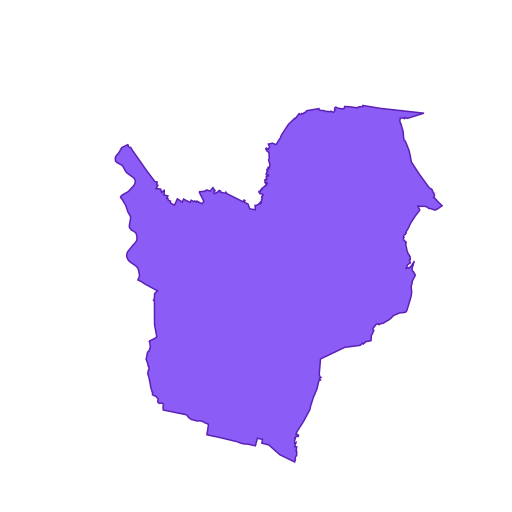 outline of Tanhuato, Michoacán, Mexico, rotated 287°
{"feature_id": "50627088B17756192090146", "entity_name": "Tanhuato", "entity_type": "district", "adm_level": 2, "iso_a3": "MEX", "parent_name": "Mexico", "parent_adm1": "Michoacán", "projection": "orthographic", "projection_center": [-102.336, 20.272], "detail": "fine", "context": "isolated", "style": "filled", "palette": "violet", "viewbox_px": 512, "rotation_deg": 287, "n_neighbors": 0, "source": "geoboundaries", "source_scale": "gbopen_adm2", "svg_char_len": 6089}
<svg xmlns="http://www.w3.org/2000/svg" viewBox="0 0 512 512"><g transform="rotate(287 256 256)"><path d="M237.1,137.3L235.7,137.3L233.2,136.6L230.3,135.1L222.7,132.1L221.7,131.9L219.8,132.0L219.0,132.1L217.1,132.9L215.3,134.4L214.2,135.9L213.6,137.0L211.4,143.9L211.0,144.8L209.5,146.8L207.9,148.0L203.2,150.3L201.7,150.5L198.6,150.0L198.0,153.9L196.7,157.9L193.9,172.0L190.5,170.0L185.9,171.2L183.7,170.9L183.6,171.7L183.0,172.1L160.8,179.0L149.8,184.7L147.9,183.6L143.9,179.3L143.0,178.9L142.1,179.8L137.8,181.6L133.7,181.3L132.4,180.5L130.6,180.5L128.9,180.8L125.1,181.1L121.5,183.9L119.2,185.1L119.3,185.5L116.8,186.7L115.4,186.8L115.4,186.5L114.1,186.5L111.6,187.0L108.4,189.2L103.8,191.7L103.7,191.9L101.7,192.7L99.4,193.9L95.3,196.7L95.1,197.2L93.3,197.4L92.8,198.2L92.4,201.6L90.4,204.4L88.1,204.5L87.4,205.0L86.8,206.4L87.9,209.5L87.1,210.8L83.7,211.4L81.6,212.4L83.8,235.8L83.5,236.6L82.0,238.5L80.8,241.8L80.9,247.0L81.1,248.4L82.0,250.4L82.1,251.9L82.0,254.5L81.6,255.5L81.3,259.4L80.0,260.0L70.7,261.3L71.2,268.2L71.6,271.2L72.9,292.1L72.6,295.6L72.7,299.2L73.7,303.1L74.3,310.9L82.1,310.6L82.5,315.8L78.7,316.3L79.0,322.4L79.3,322.9L72.9,336.9L70.3,353.2L73.1,353.2L73.5,352.5L76.5,352.7L76.9,353.2L79.8,352.5L81.3,351.9L81.3,351.3L85.4,350.8L85.0,348.7L89.3,348.8L88.3,347.7L89.8,347.0L93.2,346.9L93.3,346.3L94.0,346.3L94.5,347.0L95.4,347.2L95.8,349.2L96.9,349.0L97.3,348.5L97.4,346.3L100.5,346.7L111.6,349.8L124.7,352.4L128.8,352.1L137.4,352.2L146.8,353.2L155.0,352.6L156.3,353.9L157.2,352.4L158.9,353.6L159.1,352.7L160.2,351.7L161.6,351.0L176.4,347.8L194.6,367.6L201.0,381.7L203.7,383.3L203.1,384.2L203.9,384.7L204.2,384.7L204.6,385.3L206.0,385.8L208.6,390.7L210.9,390.3L213.9,389.4L214.9,389.9L216.2,390.2L216.8,390.0L219.2,390.5L219.9,389.4L220.7,388.9L225.7,390.9L226.0,391.1L226.9,392.4L226.2,393.5L227.8,395.2L229.1,397.6L231.5,399.5L233.1,401.2L236.0,403.3L239.2,404.8L243.6,410.0L245.1,413.9L245.8,415.1L246.8,416.0L249.3,416.2L261.2,416.2L263.7,416.0L267.2,415.4L271.1,413.7L273.0,413.2L274.8,413.3L277.5,412.8L284.4,414.0L285.1,413.1L286.9,411.4L287.0,410.6L287.6,409.9L289.4,408.9L297.4,408.9L292.4,407.6L289.1,405.9L289.4,404.9L288.1,403.2L291.9,403.5L293.9,405.0L294.1,405.4L294.6,405.6L296.9,403.9L297.4,404.6L298.8,404.4L299.7,403.6L300.6,403.5L300.7,402.9L301.9,402.3L302.0,401.4L305.7,398.5L306.8,398.1L310.0,396.2L312.3,395.4L312.4,395.7L312.7,395.7L313.4,395.2L314.2,392.9L315.2,392.2L316.9,391.6L317.1,392.0L318.1,391.3L319.2,391.5L320.4,392.5L321.0,392.5L321.8,392.9L322.2,392.3L322.8,392.6L323.2,392.5L326.5,393.4L328.6,393.8L330.6,393.9L333.0,394.4L340.8,396.6L347.5,399.1L348.2,399.0L351.1,396.2L351.4,398.2L352.8,402.7L352.9,404.9L352.0,407.5L352.4,409.2L352.2,413.8L353.8,415.6L358.5,419.3L360.9,414.5L363.9,409.6L363.9,408.8L366.0,409.0L368.3,407.6L368.5,406.9L371.2,404.7L371.9,401.7L382.5,387.6L391.1,377.4L392.8,376.3L397.2,374.1L401.8,371.4L409.4,365.3L410.5,363.5L413.2,362.2L417.9,360.4L424.7,356.0L426.7,354.2L430.1,353.6L430.7,355.2L431.0,357.3L430.9,357.3L430.9,358.0L432.0,357.8L431.9,360.6L441.7,374.9L433.6,332.0L431.2,314.2L430.2,314.4L428.4,310.2L427.7,310.0L427.3,309.3L426.0,301.5L424.9,297.0L422.9,297.2L422.6,297.1L422.3,296.6L421.7,294.1L421.4,291.2L421.3,290.4L421.8,289.0L421.6,288.6L421.1,288.2L420.4,288.0L419.9,288.2L419.5,288.1L418.9,289.0L416.1,288.2L416.0,287.5L416.4,285.2L415.6,284.6L415.4,284.0L415.3,282.0L414.5,280.3L415.0,278.9L414.0,274.3L414.2,273.7L415.4,273.1L409.8,262.0L408.2,261.5L407.1,260.1L406.2,259.9L405.7,259.5L405.5,259.0L405.8,258.4L405.7,258.0L404.6,257.6L404.3,257.2L404.2,256.8L404.8,255.6L398.8,253.4L399.1,252.8L391.3,248.5L380.6,245.4L378.7,244.9L376.0,244.8L372.3,243.6L369.0,242.9L368.4,242.2L368.7,238.6L368.0,237.6L366.6,235.1L364.4,237.0L361.8,236.7L362.3,234.3L361.4,234.0L361.0,234.2L359.8,235.5L358.6,238.2L353.0,240.2L351.7,239.9L350.7,240.4L348.7,241.9L346.1,243.0L345.2,242.7L344.8,242.9L344.3,241.6L343.3,242.0L343.1,242.6L342.4,241.3L341.8,241.1L340.6,241.6L340.6,242.5L340.2,242.7L339.6,242.0L337.9,241.7L337.2,241.7L336.6,243.4L336.6,243.9L337.2,244.0L336.9,244.5L336.1,244.6L335.8,243.3L335.2,242.5L334.6,242.6L334.1,243.3L333.1,243.3L332.5,244.0L331.8,242.4L330.7,242.2L329.7,243.6L328.8,243.1L328.5,243.7L329.0,245.4L328.7,245.7L328.2,245.6L327.8,244.7L326.9,244.7L326.6,245.1L325.9,244.2L325.0,244.0L324.2,243.2L323.1,242.6L322.5,241.9L321.5,242.3L321.1,241.4L320.5,241.2L319.6,241.5L319.0,241.1L318.9,240.0L318.1,240.0L316.7,241.7L317.2,242.5L316.8,244.1L317.0,244.5L316.8,244.8L315.8,244.8L314.8,244.1L314.0,244.1L313.9,244.7L313.0,245.1L311.7,244.7L310.6,245.2L309.9,245.0L309.1,244.6L308.6,245.6L308.4,245.7L308.2,245.6L308.5,244.7L308.4,244.3L308.0,244.1L307.3,244.4L306.8,244.4L306.8,243.5L306.0,243.1L304.6,241.6L304.1,240.3L300.0,241.9L299.3,236.2L303.3,233.2L304.1,228.9L305.8,229.2L306.0,228.6L306.0,228.1L304.1,227.8L307.1,210.0L308.1,208.7L307.3,208.8L306.8,206.2L306.8,203.2L306.8,202.9L307.8,203.0L307.9,201.6L305.1,200.0L305.0,199.5L303.3,197.9L304.7,196.8L306.4,197.8L308.8,194.8L304.6,193.1L304.8,189.4L303.6,188.8L303.3,188.0L302.8,187.9L301.0,183.2L300.2,183.3L293.1,190.1L290.1,189.2L291.2,183.5L290.2,183.5L290.7,181.3L289.8,180.7L290.4,177.7L287.9,177.3L288.6,174.1L288.3,173.1L288.7,172.9L289.3,170.1L286.0,169.8L287.7,164.1L280.8,163.2L281.7,158.5L283.5,158.2L283.8,155.6L285.2,155.0L285.1,153.8L287.7,154.2L287.5,150.3L292.0,149.1L292.1,148.9L289.2,147.1L292.2,145.2L291.2,140.7L294.9,141.5L294.8,140.3L297.8,139.9L297.6,137.6L305.1,127.2L321.1,106.7L323.1,104.5L323.1,102.0L324.7,101.3L325.0,100.8L320.4,95.9L314.9,94.7L310.7,92.9L309.5,92.7L308.6,92.8L306.6,93.4L305.6,94.1L304.7,95.7L303.6,101.1L303.2,102.1L299.1,106.3L297.7,108.2L295.0,116.1L294.1,117.5L293.5,118.0L292.6,118.5L291.2,118.9L289.3,118.9L286.6,118.2L284.8,117.1L281.6,115.7L279.9,114.7L275.8,110.7L274.1,109.6L272.8,109.2L272.3,109.5L271.4,110.9L266.7,116.3L262.1,119.7L261.1,120.2L257.2,124.3L255.8,125.0L249.0,125.8L246.9,126.3L246.3,126.7L245.7,127.3L244.4,129.2L243.9,132.0L242.9,134.4L240.4,136.2L237.1,137.3Z" fill="#8b5cf6" stroke="#5b21b6" stroke-width="1.5"/></g></svg>